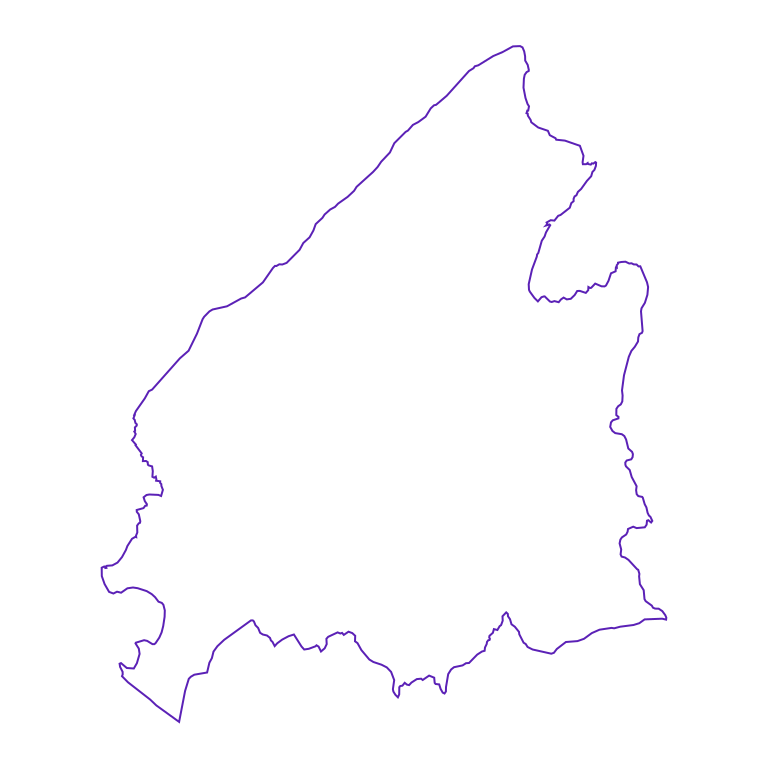 the district of Mahajanga II, Boeny, Madagascar
{"feature_id": "10022922B51504984909978", "entity_name": "Mahajanga II", "entity_type": "district", "adm_level": 2, "iso_a3": "MDG", "parent_name": "Madagascar", "parent_adm1": "Boeny", "projection": "equal_earth", "projection_center": [46.72, -15.594], "detail": "fine", "context": "isolated", "style": "outline", "palette": "violet", "viewbox_px": 768, "rotation_deg": 0, "n_neighbors": 0, "source": "geoboundaries", "source_scale": "gbopen_adm2", "svg_char_len": 6106}
<svg xmlns="http://www.w3.org/2000/svg" viewBox="0 0 768 768"><path d="M143.6,497.3L144.8,501.1L146.9,504.2L146.7,505.6L145.2,505.8L143.5,508.1L136.7,510.0L136.8,511.8L138.8,514.3L140.3,521.2L140.0,522.8L138.8,523.3L137.1,525.6L137.3,532.5L136.0,535.7L136.2,537.1L135.4,536.8L132.0,538.8L127.4,546.0L125.9,550.0L122.0,557.1L117.5,562.6L112.3,565.4L106.9,565.8L106.0,566.4L106.4,567.9L105.3,568.0L104.9,566.5L104.2,566.5L101.7,567.7L101.8,576.1L104.6,584.1L109.1,591.9L113.4,593.5L117.0,591.7L121.1,592.7L127.4,588.3L133.0,587.5L137.7,588.2L146.7,591.1L151.7,594.1L155.1,597.2L158.5,601.7L161.8,602.9L163.4,604.8L164.8,610.4L164.6,616.8L163.2,626.1L161.6,632.4L159.3,637.6L155.6,643.1L154.4,644.1L152.4,644.1L147.2,640.9L144.1,640.2L135.8,642.7L135.5,643.4L138.8,648.6L139.6,653.9L136.9,663.2L133.8,668.5L126.8,668.0L121.0,663.1L119.6,663.7L120.1,666.9L122.6,671.8L122.7,674.4L122.0,676.2L128.0,682.3L150.1,699.5L156.3,705.4L179.1,721.9L185.1,690.9L188.8,678.8L190.9,676.7L194.3,674.7L207.1,672.5L209.4,662.7L211.9,658.1L213.5,651.6L217.4,646.2L224.2,639.8L251.0,620.4L252.8,620.4L253.9,621.4L255.5,625.3L258.1,627.9L260.1,632.8L262.8,634.5L267.0,635.5L270.0,637.9L270.9,640.4L272.5,641.9L274.7,646.1L277.2,643.3L282.2,639.6L288.6,636.2L293.9,634.5L301.5,646.5L304.2,649.5L308.8,648.8L315.5,646.3L316.5,645.3L318.6,646.6L321.0,651.5L324.7,648.3L326.7,644.1L326.4,638.8L328.2,636.8L337.6,632.4L340.3,633.5L342.1,632.9L343.8,634.9L348.5,631.7L352.3,633.1L355.2,635.8L355.0,641.3L357.5,643.1L361.4,650.1L369.3,659.5L373.4,662.0L381.5,664.7L386.8,667.4L391.1,671.9L394.2,680.1L392.9,689.2L393.4,691.6L395.4,694.8L397.9,697.3L399.2,694.4L399.3,687.2L400.3,686.0L402.4,685.7L404.7,682.8L406.9,684.6L409.1,685.1L411.4,682.6L416.8,679.1L421.1,678.7L422.7,680.0L429.1,675.6L434.2,677.7L434.7,682.9L435.6,684.0L439.2,684.4L440.6,688.9L442.7,692.6L444.5,693.5L445.9,691.5L446.0,687.1L448.2,674.1L451.1,669.5L454.0,667.2L462.6,665.4L466.0,663.2L469.0,663.0L477.2,654.6L482.0,651.5L484.6,650.8L485.0,647.5L486.7,644.0L487.0,641.9L488.3,640.2L489.5,640.0L489.9,638.9L489.2,637.4L489.5,635.8L492.9,632.8L493.9,629.1L497.4,630.0L499.6,626.2L501.1,625.1L502.7,620.7L502.5,616.3L506.2,612.4L507.8,613.9L508.0,616.3L510.0,619.2L511.5,624.3L514.8,626.7L519.0,631.9L519.3,634.3L523.6,642.7L525.7,644.0L527.6,647.0L532.6,649.5L551.3,653.7L553.9,652.8L556.8,649.0L565.9,642.0L577.5,641.1L584.0,638.8L591.8,633.1L599.5,629.7L611.5,627.9L614.2,628.3L620.2,626.7L633.5,625.0L639.3,623.2L644.6,619.4L662.2,618.7L666.1,619.6L666.3,617.6L665.3,615.2L662.3,611.1L658.7,608.7L655.1,608.6L653.0,607.7L651.8,605.6L645.7,601.2L644.5,599.1L643.7,590.2L639.9,584.2L639.1,576.3L639.4,573.9L638.2,569.8L637.1,569.2L628.5,559.9L625.0,557.5L621.6,556.6L620.6,554.4L621.2,549.5L619.6,543.4L620.4,539.6L621.9,537.4L626.2,534.5L627.6,531.7L628.0,529.0L633.2,526.7L636.6,528.1L644.8,527.3L646.6,524.7L647.0,520.7L648.3,520.2L651.1,522.5L652.3,520.9L650.4,516.8L648.9,515.5L647.6,512.8L646.4,507.4L644.7,504.2L642.8,497.7L642.2,496.9L638.3,496.1L636.7,494.2L636.1,490.2L636.6,486.2L631.7,477.0L629.7,470.0L626.0,466.4L625.4,464.8L625.3,462.5L626.7,460.5L631.3,459.3L632.6,457.1L632.9,454.1L632.1,451.9L628.3,448.5L626.1,439.5L624.3,436.0L621.8,434.2L615.2,433.1L612.4,430.9L610.2,426.9L611.0,422.4L612.8,420.3L618.4,418.4L618.5,416.9L616.3,415.1L616.4,408.8L618.2,406.2L620.8,404.4L622.3,401.4L622.6,395.5L622.0,390.4L624.0,375.3L628.8,356.8L631.4,350.9L634.8,346.8L638.0,341.5L638.3,337.4L639.5,334.1L642.0,332.8L642.6,331.1L641.0,311.3L641.5,308.3L644.9,302.8L647.4,294.8L648.1,287.0L647.0,282.3L640.3,266.3L638.5,266.4L636.6,264.5L633.7,264.4L631.6,263.3L629.2,263.5L625.5,261.7L621.2,262.0L618.0,262.7L618.0,263.7L616.7,265.3L616.8,267.2L616.3,266.8L615.9,267.3L615.6,271.3L611.0,273.3L608.5,280.8L606.0,285.5L604.6,286.4L601.5,286.3L595.2,283.6L591.2,287.8L590.1,288.0L588.4,287.0L588.2,290.2L585.8,292.9L579.8,290.9L577.2,291.0L574.7,295.0L570.8,298.8L566.8,299.4L563.6,297.6L561.0,299.4L558.7,302.2L554.4,301.1L551.7,302.0L549.9,301.5L544.7,296.4L544.0,296.4L541.5,297.2L537.9,301.4L534.4,297.9L529.8,291.6L529.0,289.8L528.7,284.2L532.0,269.5L536.8,256.6L537.1,254.5L538.3,253.0L541.8,240.7L544.6,236.5L546.0,232.4L550.2,225.2L549.5,224.5L546.0,225.5L547.4,224.0L546.6,222.5L550.7,220.2L554.4,220.6L558.2,215.8L560.5,215.0L569.8,207.7L571.3,203.1L573.6,201.2L573.6,198.8L574.6,196.4L576.4,195.3L577.9,191.9L581.1,189.0L586.9,180.9L591.2,176.2L592.4,172.0L594.4,169.9L595.9,165.9L596.1,162.6L595.3,162.1L593.3,163.6L591.9,163.3L590.8,164.6L588.0,164.0L587.7,163.0L586.1,164.2L582.9,164.2L582.6,162.2L583.5,155.8L579.9,145.8L564.9,140.6L556.2,139.7L555.5,138.2L549.8,135.2L547.9,130.8L538.2,127.5L531.3,122.3L530.6,119.9L527.9,115.7L527.7,113.6L526.5,113.2L527.3,110.6L528.2,110.6L529.0,106.3L527.5,103.9L525.5,98.0L523.5,87.7L523.9,78.7L524.7,74.8L526.6,72.1L528.7,71.0L528.8,69.9L527.7,64.9L525.2,60.6L525.1,56.3L524.2,51.4L522.5,47.4L520.1,46.1L512.9,46.4L502.5,52.1L493.3,56.0L478.3,65.3L474.8,66.3L473.5,68.2L469.0,71.0L446.7,95.8L436.1,104.8L434.0,105.3L430.7,108.4L425.6,116.7L418.4,122.0L412.9,124.9L407.9,130.6L405.6,131.9L394.3,143.2L389.9,152.5L381.2,161.7L377.6,167.0L373.1,171.9L356.6,186.8L354.1,190.8L347.6,196.9L338.1,203.6L335.0,206.9L330.2,209.5L324.6,214.5L322.4,217.9L315.7,224.1L313.4,230.5L309.6,237.3L303.3,243.0L299.6,249.8L286.6,262.9L282.3,264.5L279.3,264.3L276.4,266.0L275.0,265.9L273.0,267.9L262.9,282.4L245.1,297.4L241.2,298.5L227.0,306.3L212.6,309.5L209.4,311.4L204.2,316.7L202.6,319.2L197.0,333.6L188.6,350.7L179.9,358.3L152.1,389.6L148.8,391.2L144.8,398.4L135.9,411.1L134.2,415.0L134.7,415.1L133.4,418.4L134.7,419.9L135.4,422.9L136.8,424.3L136.7,425.6L134.9,427.4L135.1,430.9L134.3,431.5L135.7,434.0L134.3,437.3L132.0,440.1L135.9,444.6L135.5,445.2L141.7,453.4L140.9,454.9L141.6,456.4L143.1,457.3L142.9,461.1L146.0,461.0L147.7,462.1L147.9,464.7L148.7,465.4L152.1,466.4L152.8,471.2L152.4,476.8L154.1,477.7L155.8,476.6L156.4,479.4L156.1,480.7L160.2,481.3L160.1,482.8L161.3,484.1L161.4,486.0L162.9,489.8L161.1,496.0L158.4,494.9L149.3,494.5L146.5,495.0L143.6,497.3Z" fill="none" stroke="#5b21b6" stroke-width="2"/></svg>